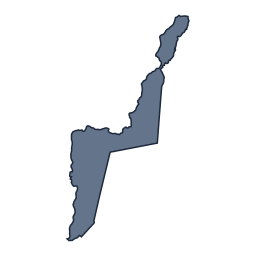 the district of Campinorte, Goiás, Brazil
{"feature_id": "56859067B34787667002337", "entity_name": "Campinorte", "entity_type": "district", "adm_level": 2, "iso_a3": "BRA", "parent_name": "Brazil", "parent_adm1": "Goiás", "projection": "equal_earth", "projection_center": [-48.948, -14.012], "detail": "fine", "context": "isolated", "style": "filled", "palette": "slate", "viewbox_px": 256, "rotation_deg": 0, "n_neighbors": 0, "source": "geoboundaries", "source_scale": "gbopen_adm2", "svg_char_len": 4394}
<svg xmlns="http://www.w3.org/2000/svg" viewBox="0 0 256 256"><path d="M188.0,16.5L187.0,16.4L186.4,16.1L184.3,16.0L180.5,16.4L179.1,15.4L178.3,16.0L177.5,16.7L176.8,17.1L175.6,17.5L175.1,19.4L174.1,22.4L173.4,24.3L172.3,25.4L170.1,27.1L169.5,27.8L168.6,28.8L167.4,29.2L166.8,29.7L166.1,30.4L165.2,32.1L164.0,33.8L163.1,34.4L162.2,34.7L160.9,35.3L160.0,36.2L159.7,37.2L160.0,38.3L160.2,39.5L160.4,40.5L160.8,42.8L160.9,44.0L160.6,45.5L160.1,47.1L159.2,48.2L159.0,49.3L157.9,51.6L157.3,52.2L156.8,52.8L156.4,53.5L155.8,54.7L155.8,55.9L156.6,56.3L157.3,56.7L157.9,57.4L158.6,57.8L159.2,58.3L159.3,60.0L160.0,60.8L160.7,61.3L161.2,62.1L161.3,63.5L161.2,64.5L160.0,67.0L159.4,67.9L158.8,68.4L157.4,68.5L156.6,68.5L155.3,70.2L154.6,71.2L153.3,71.4L152.5,71.7L151.3,73.0L150.0,73.4L149.1,73.9L148.4,74.6L147.4,75.8L146.7,77.1L146.5,78.6L146.2,79.5L144.8,80.4L143.5,81.0L142.7,82.2L141.4,84.0L141.6,85.0L142.1,86.1L142.1,87.7L142.4,89.1L142.3,90.0L142.1,91.1L141.8,93.2L141.6,94.6L141.6,96.0L141.1,96.7L139.8,97.8L139.3,98.7L138.8,99.7L137.6,101.0L137.8,102.4L138.6,103.3L138.5,104.5L137.8,105.1L137.1,106.4L136.6,107.1L136.3,108.1L136.0,109.3L135.3,110.4L134.6,111.0L133.9,111.7L133.0,112.2L132.4,112.6L131.6,112.9L130.8,112.9L129.8,113.0L129.0,114.0L129.1,115.1L129.5,115.8L129.6,117.0L130.0,117.9L130.9,118.8L131.0,120.0L131.2,121.2L131.2,122.7L131.1,123.7L131.3,125.1L131.1,126.6L129.6,126.8L128.6,127.1L127.9,128.1L126.9,127.9L126.2,127.2L125.1,127.3L122.9,129.1L122.6,130.8L122.6,132.4L121.7,133.2L121.0,133.1L120.1,133.8L119.2,134.6L118.0,134.1L116.8,134.2L115.7,133.5L114.2,133.5L112.8,133.7L112.1,133.5L111.2,133.1L109.7,132.7L108.4,131.4L108.4,130.2L108.9,129.1L107.9,128.4L106.6,128.0L105.3,128.0L103.7,128.6L102.7,128.8L101.9,129.1L100.9,129.6L99.8,129.6L99.0,129.9L98.3,129.3L97.0,129.4L96.0,129.5L94.4,129.0L93.7,128.1L93.1,127.9L92.0,127.9L90.6,127.0L89.7,126.5L89.0,126.0L87.5,125.9L86.7,126.5L86.4,127.2L85.9,128.9L85.1,130.2L84.4,131.0L83.4,131.4L82.6,130.9L82.0,130.0L81.1,130.1L79.7,130.5L78.3,129.9L77.6,130.3L76.7,130.5L75.8,130.6L75.0,130.9L74.0,131.3L72.7,132.0L72.2,133.3L71.6,133.9L71.5,135.8L71.5,137.0L71.5,138.5L71.5,139.6L71.9,140.7L72.3,142.7L72.2,144.5L71.9,146.0L71.6,148.0L71.6,149.1L71.7,150.2L71.4,152.0L70.9,153.8L70.9,154.7L70.9,156.6L71.1,158.3L71.5,159.7L72.4,161.4L72.8,162.4L72.5,163.5L71.2,165.2L71.0,166.9L71.6,167.8L72.1,169.0L72.6,170.8L72.1,171.9L71.4,171.7L70.7,171.9L70.1,172.3L70.0,173.3L69.9,174.4L69.7,175.2L69.8,176.3L70.3,176.8L71.4,176.8L70.7,177.9L70.3,179.0L71.2,179.4L71.6,180.1L71.7,181.3L71.3,182.6L72.2,184.4L72.9,185.4L73.4,186.0L74.0,186.3L74.8,186.1L75.5,186.0L76.2,186.1L76.9,186.2L77.6,188.0L77.4,189.4L76.9,191.0L76.4,191.8L75.9,193.2L75.9,194.7L76.2,196.4L76.1,197.9L75.4,199.3L75.0,200.0L74.4,201.0L73.9,202.0L73.7,202.8L73.1,204.6L73.4,206.1L73.9,207.1L74.3,207.9L74.6,208.8L75.0,210.2L75.1,212.3L74.9,213.5L74.4,214.4L73.8,215.3L73.2,216.7L73.1,217.8L73.6,219.5L73.4,220.9L72.9,222.2L71.7,224.0L70.7,225.1L70.2,226.2L69.6,227.8L69.5,229.5L69.7,231.1L69.6,233.7L69.8,235.1L70.0,236.1L69.7,237.2L69.0,238.1L68.3,238.5L67.7,238.7L67.1,238.9L68.1,239.7L69.0,240.6L70.2,240.5L71.2,240.3L72.0,240.5L72.7,240.1L73.5,239.4L75.0,238.5L76.3,238.0L77.3,237.7L78.1,237.0L78.6,236.1L79.3,235.5L80.1,236.1L80.7,236.0L81.4,236.8L92.7,224.5L93.4,223.9L94.1,223.0L94.2,221.9L93.9,220.8L98.4,201.0L99.4,196.7L109.4,155.2L110.3,152.1L111.7,151.8L114.0,151.5L116.5,150.9L117.3,150.8L118.8,150.5L119.8,150.3L155.7,143.4L157.3,143.1L158.7,124.7L160.7,98.7L161.6,87.8L161.7,86.6L162.1,85.5L162.6,84.5L163.2,83.5L163.6,82.2L163.8,80.7L163.8,79.2L164.1,78.2L164.2,77.3L163.8,76.4L163.5,75.3L163.0,74.6L162.6,73.5L162.2,72.5L161.8,71.9L161.1,70.7L160.5,69.5L161.4,68.4L162.1,67.8L162.8,67.3L162.5,66.0L163.3,65.4L164.4,65.3L164.5,64.1L165.2,63.0L166.8,63.5L167.8,63.1L168.5,62.4L168.3,61.4L169.1,60.3L170.3,60.3L170.7,59.3L171.8,58.1L172.5,57.3L173.2,56.5L173.5,55.7L173.6,54.1L174.0,52.4L175.0,51.0L175.5,49.9L175.3,48.6L174.7,49.1L174.8,48.0L175.7,46.8L176.2,44.4L176.3,43.4L176.6,41.6L177.5,40.4L177.9,39.2L177.7,38.2L177.3,37.0L178.0,36.2L178.7,36.6L179.9,36.5L180.8,35.7L181.3,35.1L182.2,33.8L182.5,33.0L183.2,32.8L184.1,32.3L184.7,31.6L185.0,30.8L185.6,29.2L186.6,29.4L186.8,28.2L187.3,26.9L187.6,25.8L188.0,25.0L188.0,24.2L188.1,23.0L188.8,21.4L188.9,20.4L188.2,19.2L188.0,18.0L188.0,16.5Z" fill="#64748b" stroke="#1e293b" stroke-width="1.5"/></svg>